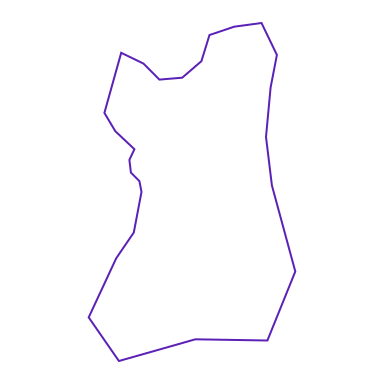 an SVG outline of Kampala
{"feature_id": "UGA-3088", "entity_name": "Kampala", "entity_type": "District", "adm_level": 1, "iso_a3": "UGA", "parent_name": "Uganda", "parent_adm1": "", "projection": "natural_earth1", "projection_center": [32.596, 0.389], "detail": "fine", "context": "isolated", "style": "outline", "palette": "violet", "viewbox_px": 384, "rotation_deg": 0, "n_neighbors": 0, "source": "natural_earth", "source_scale": "10m", "svg_char_len": 439}
<svg xmlns="http://www.w3.org/2000/svg" viewBox="0 0 384 384"><path d="M159.4,79.6L182.2,77.7L201.4,61.2L209.5,35.0L234.2,26.7L261.5,23.0L276.9,54.9L270.6,87.5L266.0,136.9L271.9,185.4L295.3,271.5L267.4,340.5L195.3,339.3L118.9,361.0L88.7,317.4L116.2,258.3L133.8,232.5L141.5,191.9L139.4,181.1L130.9,172.6L129.4,159.9L134.4,149.2L115.3,131.2L104.4,112.9L121.2,52.8L143.5,63.6L159.4,79.6Z" fill="none" stroke="#5b21b6" stroke-width="2"/></svg>